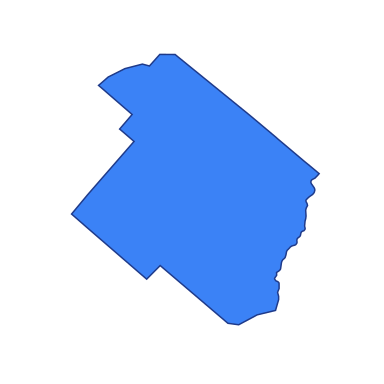 the district of Jackson, Florida, United States of America, rotated 40°
{"feature_id": "52423323B29299909449407", "entity_name": "Jackson", "entity_type": "district", "adm_level": 2, "iso_a3": "USA", "parent_name": "United States of America", "parent_adm1": "Florida", "projection": "orthographic", "projection_center": [-85.035, 30.783], "detail": "fine", "context": "isolated", "style": "filled", "palette": "blue", "viewbox_px": 384, "rotation_deg": 40, "n_neighbors": 0, "source": "geoboundaries", "source_scale": "gbopen_adm2", "svg_char_len": 1509}
<svg xmlns="http://www.w3.org/2000/svg" viewBox="0 0 384 384"><g transform="rotate(40 192 192)"><path d="M90.7,97.5L78.9,107.3L78.4,122.8L71.8,125.9L61.3,140.6L53.9,157.7L51.9,170.4L96.3,171.1L96.1,190.3L115.1,190.5L113.8,261.2L113.9,286.3L133.1,286.7L213.3,287.9L214.9,268.8L303.9,269.5L313.1,263.7L320.9,244.2L332.1,229.0L329.5,223.2L327.5,218.7L325.4,216.2L322.2,214.0L321.7,212.9L320.8,210.0L317.5,206.1L317.0,205.7L316.0,205.5L314.9,205.6L313.7,206.1L311.9,205.8L311.0,205.4L310.7,204.8L310.4,201.4L308.5,199.3L309.3,196.7L309.5,195.0L309.3,194.0L306.0,188.7L305.4,187.4L305.1,185.6L305.5,183.2L305.4,182.2L304.4,179.8L302.7,176.8L302.4,175.3L302.6,173.6L302.7,170.8L303.1,169.4L304.0,167.9L304.9,166.7L305.3,165.7L305.3,164.9L305.2,163.8L304.7,162.9L303.5,161.8L302.7,160.5L302.7,158.7L303.0,157.8L303.2,156.6L303.0,155.6L302.5,154.7L301.8,153.4L301.5,152.3L301.8,151.0L302.6,149.8L302.6,148.1L302.1,147.2L301.6,146.8L300.9,146.3L300.4,145.9L300.0,145.5L297.3,141.6L296.3,139.4L294.8,137.1L290.8,132.9L289.8,130.8L289.2,128.1L287.6,126.9L285.6,126.1L284.6,125.2L284.5,124.2L284.7,121.7L285.0,119.9L286.0,116.4L286.0,114.5L285.8,113.5L284.9,111.6L284.0,110.8L282.8,110.2L279.2,109.2L278.3,109.0L276.8,108.2L276.4,107.6L276.0,106.6L276.0,105.4L277.3,102.3L277.6,97.8L277.6,96.2L277.4,96.2L269.2,96.2L267.9,96.2L266.9,96.2L266.5,96.2L258.7,96.3L257.6,96.3L256.6,96.3L223.3,96.2L221.0,96.1L220.9,96.1L220.1,96.1L186.5,96.1L94.4,97.5L90.7,97.5Z" fill="#3b82f6" stroke="#1e3a8a" stroke-width="1.5"/></g></svg>